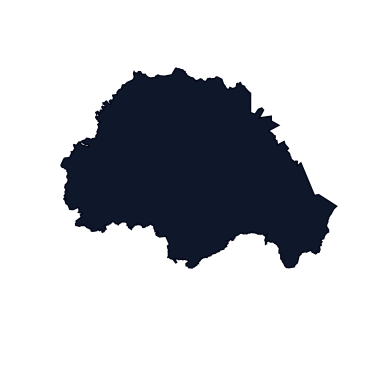 outline of La Yesca, Nayarit, Mexico, rotated 139°
{"feature_id": "50627088B10803570714070", "entity_name": "La Yesca", "entity_type": "district", "adm_level": 2, "iso_a3": "MEX", "parent_name": "Mexico", "parent_adm1": "Nayarit", "projection": "orthographic", "projection_center": [-104.035, 21.59], "detail": "fine", "context": "isolated", "style": "filled", "palette": "ink", "viewbox_px": 384, "rotation_deg": 139, "n_neighbors": 0, "source": "geoboundaries", "source_scale": "gbopen_adm2", "svg_char_len": 6033}
<svg xmlns="http://www.w3.org/2000/svg" viewBox="0 0 384 384"><g transform="rotate(139 192 192)"><path d="M162.7,97.1L162.2,95.8L162.8,94.2L162.6,92.4L165.9,89.4L166.2,88.6L165.8,87.3L166.0,86.5L168.8,83.2L168.6,81.3L169.3,80.1L169.5,77.6L170.3,75.6L170.0,73.7L170.3,73.3L168.5,71.3L163.9,68.5L161.9,69.5L159.0,69.5L152.9,73.8L150.9,73.5L149.2,74.4L145.8,72.8L144.8,71.4L143.6,71.3L140.9,70.2L140.2,69.3L140.7,68.0L139.2,64.2L138.0,64.1L136.9,64.6L135.8,63.3L133.3,64.5L131.4,67.7L129.5,67.0L128.1,69.0L126.6,69.1L126.5,71.1L126.0,71.8L123.4,70.4L120.2,72.3L117.3,72.8L115.2,72.3L113.7,74.1L113.4,77.0L112.3,78.9L108.8,80.6L108.7,81.5L106.3,82.4L106.1,83.0L103.0,84.1L101.9,84.1L96.1,86.3L92.2,86.4L98.2,106.9L101.9,109.0L90.8,142.5L95.1,142.5L95.3,143.1L94.0,144.4L94.3,145.1L92.9,145.4L92.4,146.0L93.6,147.2L95.0,147.6L95.2,149.2L95.8,149.5L95.5,150.0L95.5,151.9L94.5,154.0L94.5,155.1L93.6,156.2L93.2,158.0L93.7,161.2L90.6,161.7L90.6,167.1L89.4,169.7L96.8,171.3L94.3,175.2L95.3,175.9L94.6,177.3L95.4,178.5L93.6,178.5L92.5,179.8L93.1,180.5L93.1,183.6L94.0,187.3L93.3,187.9L82.7,185.4L85.6,193.5L82.5,197.2L92.7,203.8L84.3,206.9L84.3,209.6L87.5,210.8L93.4,209.3L95.8,213.5L83.1,228.1L83.6,231.6L83.7,235.6L83.1,237.2L84.6,240.3L84.5,241.2L83.8,241.9L83.7,242.8L84.4,243.1L85.8,242.8L86.6,243.3L86.4,244.0L87.0,244.3L89.7,242.2L90.6,242.1L93.6,243.3L94.8,246.0L96.6,245.3L97.6,245.7L98.3,247.3L97.5,251.0L97.6,252.7L95.6,257.5L97.7,262.5L98.5,262.9L100.7,262.6L102.3,264.1L103.2,264.1L103.8,266.0L104.8,266.2L105.5,267.1L108.9,266.3L109.7,266.6L110.8,268.9L110.7,270.5L111.4,271.8L114.3,272.3L116.3,273.6L116.5,277.5L117.9,279.2L119.2,282.7L119.3,283.6L118.8,284.7L119.2,286.3L118.3,287.2L119.1,289.1L118.9,290.2L120.3,291.9L120.9,293.4L122.2,294.3L122.7,295.9L123.4,296.0L130.3,293.6L136.9,297.4L140.3,300.9L140.8,302.5L143.4,303.1L144.3,302.4L148.6,305.2L150.0,307.5L150.4,309.9L150.1,311.4L152.6,313.5L152.0,316.5L153.5,317.9L155.3,317.2L156.9,319.3L156.8,320.7L158.3,319.8L159.9,316.8L161.6,315.7L163.5,315.4L169.1,317.1L172.4,316.9L174.2,318.3L177.7,316.1L180.2,317.0L183.2,316.3L184.5,314.6L188.3,317.0L188.8,316.5L188.9,314.8L191.5,313.2L192.0,313.3L193.2,314.8L194.7,314.7L195.1,313.7L194.8,312.3L195.6,311.8L196.6,312.1L197.0,312.9L197.0,316.7L198.0,316.9L199.4,316.5L200.6,317.6L201.3,316.7L200.4,315.2L200.8,314.0L202.6,313.4L203.3,315.4L204.2,315.3L204.6,314.5L204.5,312.0L205.2,311.8L207.4,313.7L209.4,312.1L210.2,313.1L210.3,314.7L212.4,315.1L212.9,313.3L211.0,312.6L212.0,310.8L213.3,309.4L214.0,310.1L214.0,311.9L215.1,311.9L215.9,311.1L215.5,309.7L216.1,309.2L215.6,307.7L216.3,307.0L215.4,305.0L218.8,304.7L219.5,302.1L224.1,299.7L224.8,298.1L227.9,297.3L228.2,295.9L229.5,295.7L229.4,296.1L231.1,296.6L232.0,297.5L232.6,297.0L234.4,298.6L234.6,299.6L236.2,301.6L239.0,301.4L240.7,302.4L242.6,302.7L241.3,297.9L239.3,296.6L239.7,294.5L240.5,294.0L244.2,299.2L244.5,300.6L243.9,302.8L244.4,303.8L248.7,303.0L250.0,305.2L250.5,305.1L251.8,301.5L253.4,301.2L254.6,300.4L256.8,301.4L257.1,300.3L260.1,299.0L260.6,298.2L263.2,299.1L265.5,300.9L267.0,301.0L273.0,298.3L273.6,297.5L273.7,295.9L272.5,294.2L272.5,292.7L271.3,291.2L272.8,289.6L272.7,288.2L274.3,286.3L275.1,286.4L276.3,285.7L276.8,284.9L276.7,283.7L277.5,282.2L278.9,281.2L280.9,280.5L282.8,280.5L283.0,280.0L284.2,279.6L285.1,278.6L285.5,275.5L286.5,275.9L287.8,275.3L288.2,274.0L289.0,273.4L290.9,272.9L290.9,271.2L291.4,270.5L292.2,271.1L293.3,270.8L293.2,269.3L292.4,269.4L292.4,268.7L293.6,268.2L294.7,265.9L293.9,263.6L295.6,259.1L293.1,256.6L288.6,255.4L288.0,254.7L288.4,253.1L290.3,251.2L291.0,251.1L288.9,248.6L288.9,247.9L291.2,247.9L291.6,246.2L292.7,245.6L298.5,246.1L299.5,244.5L300.7,244.4L301.5,243.1L299.3,239.9L297.7,239.6L296.1,238.1L295.3,238.1L294.4,235.0L294.6,234.2L293.5,232.5L293.5,231.6L292.2,230.5L293.5,229.0L293.2,227.9L289.7,225.6L287.4,225.2L287.1,223.5L285.3,223.0L284.8,222.4L285.0,221.5L286.1,221.1L286.0,220.4L284.7,220.4L285.0,220.2L284.3,219.9L283.3,220.8L282.9,220.4L281.4,220.9L281.1,220.6L280.6,222.2L281.0,222.5L280.5,223.5L279.2,223.1L278.6,223.5L278.0,223.1L278.4,223.9L277.1,222.9L274.4,221.7L271.6,222.1L270.3,220.5L270.4,218.3L269.2,217.0L269.2,215.8L267.9,216.0L264.2,215.4L261.1,212.2L261.7,210.2L262.8,209.6L262.3,207.9L263.0,206.9L262.5,206.6L262.8,206.4L262.3,205.6L262.7,205.3L262.2,203.6L261.3,204.3L258.5,204.3L258.0,204.8L254.8,203.7L255.0,203.4L253.2,202.7L253.5,202.4L251.8,200.5L252.1,200.1L251.6,199.4L252.3,197.7L251.6,196.9L250.7,196.5L248.6,196.8L248.3,195.8L244.4,195.1L243.9,194.4L243.8,193.2L242.8,191.8L244.5,189.5L244.7,188.0L245.9,186.3L245.2,185.3L244.0,184.6L243.9,183.8L244.7,183.1L245.2,183.8L246.6,184.2L247.2,183.0L246.0,179.5L240.7,175.8L243.3,167.5L245.0,166.8L245.4,167.3L245.9,167.3L246.9,165.8L247.7,163.1L248.7,163.0L248.5,162.1L249.8,161.6L251.2,159.6L253.0,158.5L252.2,157.8L251.9,155.9L250.4,153.7L250.7,149.2L249.8,149.0L249.2,151.7L248.6,152.6L248.2,151.9L247.3,151.9L246.3,149.7L244.3,148.5L243.3,146.9L241.4,146.1L241.3,145.3L240.2,144.1L239.7,142.3L240.4,141.6L243.6,141.8L244.8,140.1L243.8,139.3L244.0,136.9L241.5,134.5L240.3,134.7L239.4,134.0L237.6,134.2L236.5,133.7L234.6,134.6L234.1,134.0L233.9,134.7L232.8,134.8L232.6,135.2L231.8,134.9L228.0,135.6L227.6,135.1L226.9,135.4L226.0,134.5L224.9,135.0L224.8,134.2L223.6,132.8L221.3,133.0L220.7,132.2L219.7,131.8L217.4,132.1L214.4,130.5L212.4,130.4L210.7,129.4L209.1,129.9L205.4,128.1L204.1,128.9L201.6,128.3L201.3,129.7L200.9,129.4L200.7,129.7L198.4,129.7L198.2,130.5L197.3,131.0L197.4,132.0L196.2,130.9L193.5,131.3L193.5,129.2L192.0,128.7L191.1,129.5L189.7,129.4L188.8,130.5L185.3,129.5L182.7,129.4L181.6,128.5L180.3,126.4L178.9,125.8L178.1,124.5L175.9,124.1L175.3,123.1L173.7,123.4L173.6,122.6L173.1,122.7L172.9,121.5L171.3,120.1L169.4,116.5L168.2,115.9L167.8,114.9L166.3,114.7L165.8,111.2L165.3,110.6L164.1,110.8L163.6,110.7L168.6,107.8L169.1,106.2L170.7,104.3L169.7,104.1L168.8,105.4L166.6,105.3L165.3,102.4L163.8,101.7L163.0,98.8L162.4,98.0L162.7,97.1Z" fill="#0f172a" stroke="#020617" stroke-width="1.5"/></g></svg>